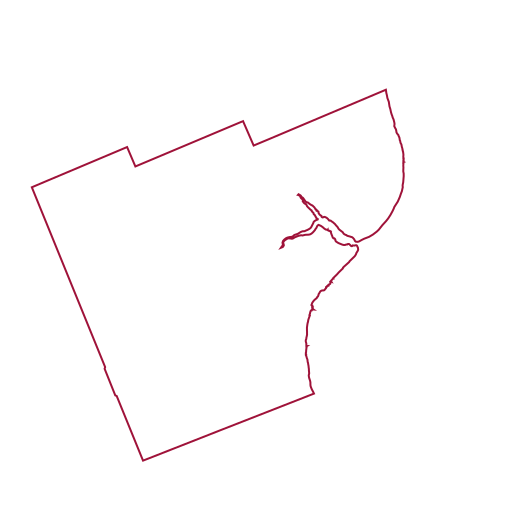 Corpen Aike, Santa Cruz, Argentina (orthographic projection), rotated 338°
{"feature_id": "61730980B24902089769894", "entity_name": "Corpen Aike", "entity_type": "district", "adm_level": 2, "iso_a3": "ARG", "parent_name": "Argentina", "parent_adm1": "Santa Cruz", "projection": "orthographic", "projection_center": [-68.391, -49.985], "detail": "fine", "context": "isolated", "style": "outline", "palette": "rose", "viewbox_px": 512, "rotation_deg": 338, "n_neighbors": 0, "source": "geoboundaries", "source_scale": "gbopen_adm2", "svg_char_len": 5966}
<svg xmlns="http://www.w3.org/2000/svg" viewBox="0 0 512 512"><g transform="rotate(338 256 256)"><path d="M73.9,108.3L74.5,302.5L73.4,303.8L73.3,332.5L74.4,333.6L74.6,403.4L104.6,403.7L157.6,404.2L258.2,405.3L258.1,403.3L257.8,400.6L257.8,398.2L257.9,396.9L258.3,395.6L259.1,393.5L259.4,392.0L259.6,389.0L259.8,387.9L260.2,386.4L261.3,384.8L261.6,383.9L262.2,381.9L262.7,380.6L263.2,378.6L263.5,377.7L263.9,375.7L264.2,374.6L264.2,373.7L264.9,371.2L264.9,369.6L265.2,367.5L265.1,367.4L265.1,366.8L265.1,366.6L265.3,366.4L265.2,366.3L265.2,366.2L265.7,365.9L265.7,365.2L265.7,364.9L266.1,364.2L266.3,364.1L267.2,362.2L268.2,360.4L268.4,359.9L268.6,359.8L268.8,358.8L269.0,358.7L269.5,358.6L269.0,358.4L269.0,358.2L269.9,355.9L270.1,354.1L270.4,353.2L270.7,352.6L271.5,351.8L272.2,350.5L273.3,349.0L273.3,348.9L273.9,348.0L274.5,346.4L274.9,345.5L275.3,344.3L276.4,341.5L278.1,338.5L279.1,337.0L279.6,336.5L280.0,335.7L280.8,334.5L283.2,331.8L283.5,331.5L283.7,331.3L283.7,331.2L283.6,330.8L283.5,330.7L284.5,329.6L284.9,328.9L285.9,327.6L286.3,327.3L287.0,327.0L287.3,327.3L288.5,326.5L288.8,326.9L289.2,327.1L289.0,326.8L289.0,326.2L288.7,325.8L288.6,325.4L288.6,325.1L288.9,324.9L289.1,324.5L289.4,324.4L289.2,324.1L289.2,323.7L289.4,323.9L289.5,324.0L289.6,323.6L289.4,323.6L289.3,323.0L289.2,322.8L289.3,322.9L289.0,322.5L289.1,322.2L290.6,320.5L291.3,320.0L292.6,319.2L293.9,318.6L295.4,318.1L296.5,317.8L297.0,317.2L297.8,316.9L298.5,316.5L299.3,315.6L299.7,314.9L301.0,314.0L302.2,313.0L303.2,312.7L304.5,312.7L305.2,313.1L306.6,313.3L307.3,312.8L308.8,312.1L309.0,311.8L309.1,311.4L309.3,311.1L309.8,311.3L310.3,311.0L310.5,310.6L310.8,310.5L311.1,310.5L311.7,310.7L312.2,310.7L312.4,310.4L312.4,310.0L312.4,309.8L312.7,309.7L313.2,309.8L314.1,309.7L314.5,309.5L315.0,308.8L315.1,307.7L315.6,307.5L315.9,307.6L316.2,307.9L316.1,307.2L318.9,305.8L319.3,305.9L319.3,305.7L319.2,305.5L319.3,305.4L324.2,303.4L326.6,302.2L330.5,300.6L331.8,300.1L332.2,299.5L332.6,299.4L332.8,299.2L333.1,299.0L340.1,296.5L340.8,295.9L347.2,293.3L348.1,292.8L349.5,291.7L350.0,291.0L352.4,289.2L353.1,288.4L353.6,286.6L353.6,286.1L353.5,285.5L353.5,284.3L353.3,283.9L352.9,283.5L350.9,283.1L349.6,282.4L348.9,282.8L348.5,282.8L347.9,282.3L347.4,281.0L346.7,279.7L345.8,279.3L344.8,279.5L344.0,279.1L343.2,279.2L341.7,278.8L340.4,277.9L337.7,275.3L336.9,274.4L335.6,272.5L335.4,271.6L335.4,271.3L335.6,271.0L335.7,270.2L335.6,269.8L335.4,269.5L335.3,269.0L334.5,268.7L334.1,267.7L334.1,266.3L334.2,265.6L334.1,264.6L334.3,261.6L334.6,261.3L334.4,261.0L333.7,260.5L333.7,260.3L333.1,259.9L333.0,259.7L332.8,259.7L332.6,259.3L332.2,259.0L332.2,258.8L332.3,258.5L332.1,258.6L330.5,257.5L329.5,256.0L328.7,254.3L327.4,252.3L325.7,250.6L324.6,250.8L324.1,251.1L322.2,252.8L321.2,253.3L320.4,254.0L318.7,254.9L318.2,255.1L317.9,255.3L315.9,256.0L314.3,256.2L313.0,256.0L309.6,254.8L306.8,254.4L305.7,253.7L304.2,253.4L302.6,253.2L299.1,253.2L296.6,253.6L295.7,253.4L294.1,252.4L292.5,251.7L291.2,251.7L288.6,252.2L287.5,252.7L286.7,253.2L286.1,253.9L286.0,255.7L285.7,256.7L284.2,257.7L282.2,257.7L283.4,256.9L284.7,256.2L285.1,255.7L285.6,253.5L286.7,252.2L288.3,251.4L289.3,251.1L290.3,250.8L292.0,250.7L294.1,251.0L296.2,251.6L297.5,251.6L299.4,250.9L303.1,251.1L306.5,250.5L308.3,250.5L310.4,251.2L311.8,251.1L313.6,251.1L316.0,250.8L317.2,250.4L318.3,249.7L319.5,248.6L321.4,247.0L322.0,246.2L322.7,245.8L323.5,245.5L325.5,245.2L326.8,245.3L327.1,245.0L326.6,244.5L326.5,243.8L326.1,243.2L326.2,242.5L325.9,241.6L326.0,240.7L325.7,239.7L325.2,239.0L325.3,238.3L325.4,237.4L324.8,236.5L324.7,235.6L324.5,235.3L324.6,234.6L323.8,233.3L322.3,229.9L322.0,228.9L321.9,227.1L320.6,225.3L320.2,224.3L320.1,223.5L319.8,223.0L319.9,222.6L320.5,222.3L320.7,221.7L320.6,221.4L320.2,220.8L319.5,219.3L319.3,218.6L319.3,217.8L319.4,217.3L319.0,216.4L318.8,216.2L318.8,215.8L317.8,215.1L318.6,214.7L319.9,216.4L320.2,217.1L320.0,217.9L320.1,218.4L320.8,218.8L321.4,219.9L321.6,220.7L322.3,223.9L323.0,225.1L324.0,225.7L324.7,226.8L325.2,227.8L326.1,229.0L326.5,229.7L327.2,230.2L328.4,232.9L328.6,234.2L328.7,235.0L329.1,235.2L329.4,236.0L329.1,236.3L329.1,236.8L329.9,237.1L330.0,237.5L330.5,238.3L330.1,239.6L330.3,240.1L330.3,240.8L330.4,241.2L331.0,242.4L331.7,243.3L331.5,244.2L331.7,244.7L332.1,245.1L332.4,245.3L333.5,245.2L334.4,245.5L335.8,247.0L336.2,247.8L336.7,248.9L337.0,250.1L337.2,250.6L337.6,250.6L338.5,251.2L339.1,252.3L339.9,253.4L341.2,256.0L341.6,257.4L342.5,259.8L342.7,261.5L343.1,262.7L345.3,266.4L345.6,268.0L346.0,268.8L347.0,270.0L347.7,270.5L348.1,271.4L350.5,273.2L351.0,273.7L351.9,274.3L352.6,275.3L353.0,276.4L353.3,277.3L353.4,279.1L353.9,280.1L355.7,281.0L357.1,281.1L360.1,280.7L362.8,280.5L368.0,280.6L372.5,279.9L377.2,278.6L379.7,277.6L384.8,274.7L389.6,272.4L392.6,270.7L395.9,268.4L399.1,265.8L401.2,263.9L402.7,262.3L407.8,258.7L411.4,255.2L413.8,252.4L415.5,250.6L417.9,247.1L418.2,245.9L418.7,244.9L420.1,242.8L422.8,237.4L423.8,234.9L424.2,232.9L424.5,232.1L425.9,229.0L426.2,228.0L426.5,227.2L426.8,226.6L427.1,225.9L427.1,225.7L427.3,225.6L427.4,225.2L427.5,224.8L427.7,224.5L427.9,224.4L427.9,224.2L428.0,224.2L427.9,224.1L428.3,223.6L428.3,223.3L428.5,223.1L428.5,222.5L428.8,222.4L429.0,222.0L429.0,221.5L429.3,221.1L429.2,221.0L429.2,220.6L429.6,220.2L429.6,219.5L430.6,217.4L431.0,216.0L431.4,214.5L431.3,214.3L431.5,213.6L431.5,213.2L431.7,212.8L431.6,212.5L432.0,211.0L432.0,210.8L432.1,209.4L432.4,208.0L432.6,207.0L432.4,205.6L432.5,204.6L432.8,203.2L432.7,202.5L432.9,201.7L433.3,200.0L433.2,197.8L433.3,197.2L433.1,196.5L432.8,195.7L432.6,194.7L432.6,193.8L432.9,192.7L433.2,191.0L433.0,189.8L432.9,188.2L432.8,187.8L432.9,187.3L433.9,185.5L434.3,183.8L434.7,180.9L434.6,178.9L434.8,177.1L434.8,175.6L435.0,173.4L435.6,170.0L435.8,167.4L436.9,162.8L437.0,158.8L437.6,155.9L437.9,153.7L438.7,150.5L311.9,152.5L295.2,152.7L294.5,126.1L177.7,127.8L177.3,106.7L91.4,108.0L73.9,108.3Z" fill="none" stroke="#9f1239" stroke-width="2"/></g></svg>